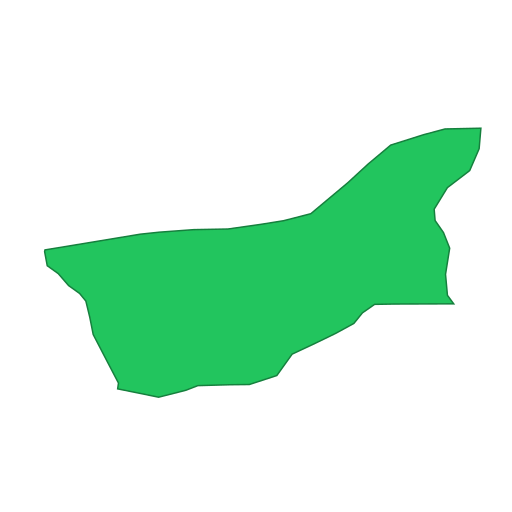 outline of Sabha, rotated 186°
{"feature_id": "LBY-2971", "entity_name": "Sabha", "entity_type": "Municipality", "adm_level": 1, "iso_a3": "LBY", "parent_name": "Libya", "parent_adm1": "", "projection": "mercator", "projection_center": [14.98, 26.993], "detail": "fine", "context": "isolated", "style": "filled", "palette": "green", "viewbox_px": 512, "rotation_deg": 186, "n_neighbors": 0, "source": "natural_earth", "source_scale": "10m", "svg_char_len": 770}
<svg xmlns="http://www.w3.org/2000/svg" viewBox="0 0 512 512"><g transform="rotate(186 256 256)"><path d="M379.7,109.4L379.5,115.3L392.6,135.0L409.7,160.9L414.9,177.7L420.5,193.4L427.5,200.3L439.3,207.0L450.8,217.8L462.6,224.5L466.7,238.3L466.5,240.0L373.4,265.6L354.6,269.6L320.7,275.7L286.8,279.9L254.8,287.9L232.2,294.0L205.9,303.8L191.1,319.1L172.5,338.3L154.0,359.3L133.6,380.4L101.9,394.2L81.3,402.1L45.7,406.6L45.7,406.3L45.3,386.0L52.4,363.3L72.8,344.0L83.7,321.2L81.6,310.0L72.0,298.9L64.2,284.0L65.6,257.6L61.5,236.9L54.4,229.1L114.2,222.6L133.0,220.3L144.2,210.6L151.6,199.2L168.5,187.5L187.3,175.8L209.8,162.2L222.8,139.3L249.2,127.5L268.1,125.3L300.3,121.0L311.6,115.2L338.1,105.4L379.7,109.4Z" fill="#22c55e" stroke="#15803d" stroke-width="1.5"/></g></svg>